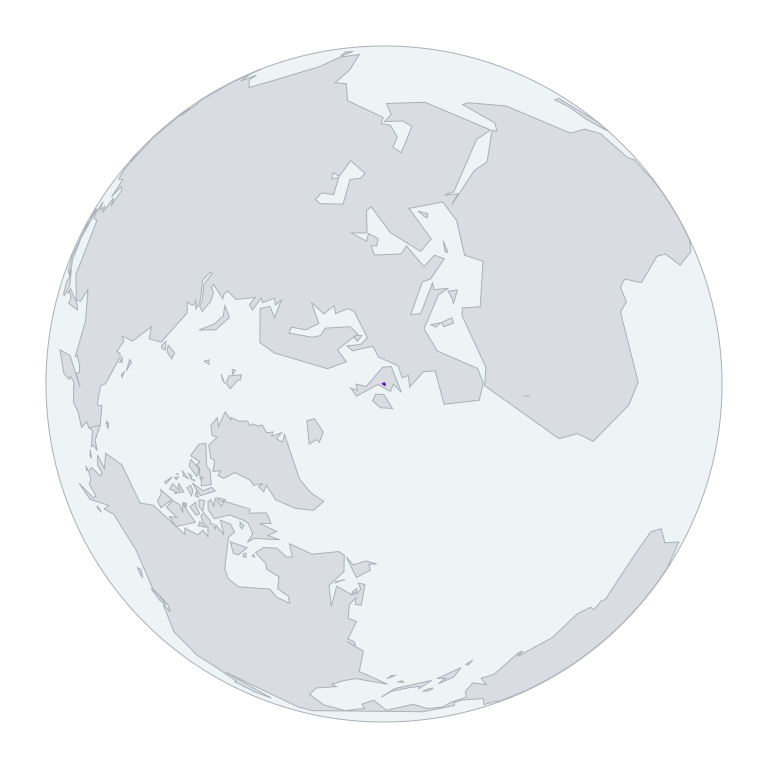 Wrexham highlighted on a globe, orthographic projection, rotated 263°
{"feature_id": "GBR-2127", "entity_name": "Wrexham", "entity_type": "Unitary Authority (wales)", "adm_level": 1, "iso_a3": "GBR", "parent_name": "United Kingdom", "parent_adm1": "", "projection": "orthographic", "projection_center": [-3.021, 52.962], "detail": "fine", "context": "on_globe", "style": "filled", "palette": "violet", "viewbox_px": 768, "rotation_deg": 263, "n_neighbors": 0, "source": "natural_earth", "source_scale": "10m", "svg_char_len": 10879}
<svg xmlns="http://www.w3.org/2000/svg" viewBox="0 0 768 768"><g transform="rotate(263 384 384)"><circle cx="384" cy="384" r="338" fill="#eef3f6" stroke="#a8b0b8"/><path d="M62.7,488.6L55.1,460.5L55.4,455.2L53.6,444.2L59.7,444.0L60.8,422.9L59.4,414.4L56.3,414.7L53.9,382.9L56.7,362.5L68.5,273.5L73.8,259.8L80.4,249.2L117.3,191.8L86.0,233.8L94.1,218.4L106.7,199.7L107.2,201.2L125.8,180.0L137.5,165.5L164.0,145.2L192.2,137.9L183.9,144.3L191.7,142.4L202.6,134.5L207.9,129.9L249.4,117.6L287.6,99.9L294.0,91.1L297.0,96.1L305.4,78.1L322.5,69.4L306.6,81.4L307.6,84.5L320.9,79.2L324.8,81.4L333.5,80.3L337.0,83.5L327.4,91.1L329.5,93.5L338.8,89.7L348.2,91.1L334.2,96.2L349.1,99.3L335.9,113.9L295.7,127.3L291.7,140.3L259.0,167.8L265.3,168.8L256.9,180.7L261.0,186.5L253.8,190.6L263.3,191.8L269.1,187.1L275.3,186.2L278.2,189.4L269.5,194.9L266.8,194.1L265.8,197.4L260.1,198.9L264.6,200.0L253.7,206.7L268.8,205.0L263.7,214.5L255.3,217.6L250.6,210.8L219.7,203.4L209.8,205.6L200.4,215.0L194.3,245.7L185.6,251.3L177.8,263.7L185.0,263.2L193.7,253.5L205.3,256.4L214.5,244.9L220.6,244.6L232.3,236.0L236.4,244.5L234.0,257.8L224.5,265.6L223.2,271.9L236.9,270.7L223.8,292.1L223.2,318.5L219.1,323.7L202.7,321.4L190.7,304.9L169.5,304.5L189.1,312.4L178.7,326.2L179.4,331.9L183.4,336.0L189.7,334.0L187.3,340.6L167.1,334.5L168.9,328.4L175.3,330.2L169.5,322.8L155.8,319.9L151.6,327.7L135.3,317.1L132.1,322.8L126.8,324.0L133.0,315.5L121.5,330.9L101.7,324.4L85.7,350.7L95.0,320.2L94.5,307.8L92.3,295.7L89.5,299.7L90.5,279.7L84.8,272.2L72.8,285.2L64.6,305.5L64.4,325.3L68.9,323.1L71.4,335.3L59.8,346.8L62.6,373.8L56.7,387.2L56.2,402.2L60.0,411.9L63.2,427.8L68.8,427.2L76.5,435.7L73.2,448.8L80.1,444.5L82.5,458.1L99.8,483.2L97.6,484.2L111.7,520.0L132.4,548.0L137.2,561.9L134.2,564.8L142.6,573.6L142.8,577.2L181.1,609.5L204.7,630.6L206.6,641.5L192.1,643.5L191.3,657.4L168.7,643.8L170.6,646.0L152.4,630.0L135.4,612.9L119.7,594.5L105.3,575.1L92.3,554.6L80.9,533.4L71.0,511.3L62.7,488.6ZM80.4,357.4L84.0,395.2L77.4,381.7L79.5,382.4L79.5,371.0L78.1,354.1L73.5,343.1L80.4,357.4ZM92.4,356.2L91.4,350.7L93.0,355.1L92.4,356.2ZM209.7,127.7L202.4,134.2L191.1,140.9L196.6,135.0L209.7,127.7ZM231.8,116.9L229.5,120.2L221.1,121.0L225.0,118.9L231.8,116.9ZM297.7,84.7L291.0,88.1L296.2,84.2L297.7,84.7ZM334.1,79.6L334.7,78.1L339.0,78.3L334.1,79.6ZM229.3,232.0L230.7,234.0L227.8,234.5L229.3,232.0ZM233.0,226.5L228.6,225.8L229.7,223.1L232.4,223.6L233.0,226.5ZM348.2,83.5L354.8,84.5L346.4,84.7L348.2,83.5ZM238.2,228.2L232.2,218.5L234.2,213.9L246.2,212.2L238.2,228.2ZM357.5,86.0L373.7,89.0L376.5,85.6L377.6,97.3L363.5,90.5L352.8,91.1L358.4,88.6L357.5,86.0ZM269.7,184.3L263.6,189.4L265.9,182.3L269.7,184.3ZM269.7,179.9L268.0,160.3L278.5,154.7L276.9,162.2L288.2,153.0L294.1,159.8L289.3,166.4L281.3,168.6L289.6,169.6L269.7,179.9ZM375.7,103.6L378.1,105.7L373.7,105.0L375.7,103.6ZM277.9,185.3L276.6,181.7L285.6,176.4L289.8,182.8L285.5,182.4L277.9,185.3ZM288.3,147.4L295.7,145.0L302.5,149.7L306.3,149.5L295.2,159.5L288.3,147.4ZM285.0,185.3L291.7,186.3L290.1,191.8L279.7,188.6L285.0,185.3ZM286.2,172.5L290.6,170.4L289.5,173.6L286.2,172.5ZM288.5,212.5L286.7,207.8L291.3,204.6L288.5,212.5ZM294.2,186.3L294.7,184.5L296.3,182.8L300.3,184.7L294.2,186.3ZM300.8,162.3L302.1,165.0L305.7,158.4L310.9,162.1L302.5,168.3L308.4,167.1L310.0,168.3L301.3,172.1L300.8,162.3ZM309.1,181.7L300.2,191.3L302.4,200.5L298.4,203.5L295.6,188.3L309.1,181.7ZM305.3,175.7L306.7,180.0L301.1,181.3L296.6,179.2L305.3,175.7ZM317.5,162.5L311.6,155.3L313.7,154.2L317.5,162.5ZM310.8,184.0L312.9,181.6L311.6,184.5L310.8,184.0ZM316.7,168.7L314.4,166.2L316.8,165.0L316.7,168.7ZM319.1,179.2L316.2,182.2L313.1,180.8L319.1,179.2ZM318.9,174.1L322.7,173.2L313.7,178.4L317.5,173.2L318.9,174.1ZM319.4,168.0L320.0,166.5L320.0,169.2L319.4,168.0ZM332.6,183.3L322.0,190.2L315.0,186.9L326.4,180.5L332.6,183.3ZM702.6,271.4L704.1,277.3L709.9,294.9L709.9,294.7L711.6,300.9L708.2,289.6L702.2,279.1L706.2,295.2L702.4,287.6L694.7,286.0L698.4,309.4L706.8,358.3L713.8,380.3L714.1,399.6L699.9,388.2L688.9,372.1L686.7,383.1L669.7,382.4L648.7,415.6L643.1,412.9L639.8,422.1L627.3,427.2L617.8,421.7L611.5,429.4L636.3,443.1L642.7,434.8L644.5,416.6L650.5,423.9L662.1,420.7L658.6,459.1L623.2,520.6L615.4,505.7L566.2,476.7L565.2,469.5L564.8,468.9L564.0,467.9L563.9,480.5L554.0,473.3L584.9,499.7L592.0,513.4L622.8,522.2L620.9,526.9L629.5,525.9L651.8,496.2L652.9,502.0L645.0,539.2L610.3,599.7L612.5,614.2L605.9,629.6L578.9,653.4L575.9,659.9L561.2,670.0L556.7,673.9L541.8,682.7L525.8,690.7L508.5,698.2L486.0,706.1L488.2,704.8L478.1,704.8L465.9,692.4L478.7,679.2L477.5,670.4L453.2,651.9L458.9,635.7L451.3,630.5L436.2,634.6L427.0,627.7L417.4,628.6L354.9,636.5L333.3,624.4L301.6,584.7L311.1,570.4L308.4,551.0L370.1,483.7L388.1,487.2L442.3,469.8L449.9,471.0L448.9,488.9L493.8,497.3L502.0,479.7L537.4,476.0L557.5,464.5L555.3,430.2L522.2,448.6L511.2,436.4L533.5,408.8L561.5,392.9L558.1,387.7L536.0,385.6L537.9,370.2L527.8,383.9L535.2,387.0L529.1,395.9L521.9,393.7L522.8,388.1L513.1,390.3L511.0,417.1L518.4,423.1L495.6,438.0L505.7,449.8L501.1,459.1L482.4,442.8L480.8,434.5L449.7,419.1L449.3,429.0L478.6,444.5L471.5,445.0L471.2,459.6L465.8,448.9L433.9,430.4L410.3,440.9L388.1,478.7L372.8,482.7L356.3,476.5L356.6,441.1L390.9,436.4L391.5,424.8L377.9,409.1L389.5,409.4L388.1,402.7L400.5,400.2L411.3,381.8L422.8,377.6L420.8,356.6L426.4,351.9L426.0,365.5L431.9,373.1L459.8,363.2L463.3,357.2L459.8,344.6L467.9,343.9L460.9,333.0L473.8,321.8L452.1,326.7L447.3,313.0L451.7,299.2L446.2,295.8L439.1,318.5L439.8,326.8L446.6,332.5L445.0,357.4L436.8,363.9L423.7,342.0L410.6,349.3L406.1,329.8L428.1,279.1L440.4,265.8L474.1,270.3L474.9,280.3L463.2,283.5L479.8,292.3L475.7,285.9L482.4,285.6L479.6,273.3L484.2,272.6L473.5,262.4L478.9,260.2L485.6,266.7L485.9,247.5L495.4,240.3L493.2,236.4L488.2,234.3L503.6,227.0L501.3,224.5L495.4,225.9L487.0,221.9L478.2,212.4L484.0,210.4L488.0,213.5L505.0,217.6L514.7,226.9L516.1,225.2L509.1,216.7L488.4,211.6L481.4,206.5L491.3,207.4L487.2,206.7L485.5,203.5L489.3,198.8L478.5,197.2L452.7,168.0L457.5,156.5L469.2,160.1L457.2,139.7L463.6,129.8L458.1,130.9L448.7,122.7L446.6,125.6L443.3,125.6L418.2,107.6L416.8,102.4L399.8,97.2L397.0,97.9L397.1,101.4L377.6,97.3L376.5,85.6L382.9,84.5L377.8,78.5L393.2,77.0L403.6,73.5L423.4,76.3L429.9,73.8L427.1,71.8L433.9,67.5L457.4,66.5L450.6,75.8L417.7,82.0L432.2,79.8L432.5,83.1L439.9,84.2L449.8,82.9L448.7,80.9L483.2,95.5L514.2,101.8L503.2,93.0L504.5,88.8L530.1,91.5L581.4,119.0L583.6,116.2L589.1,119.0L599.2,127.4L591.4,123.5L594.3,128.5L588.4,125.4L601.8,138.6L593.9,134.7L608.3,147.5L611.7,147.0L602.7,136.2L618.6,149.7L619.7,145.7L628.8,152.4L656.7,184.9L671.9,208.4L674.6,212.5L676.0,216.7L684.9,233.0L687.5,235.5L702.6,271.4ZM354.8,520.9L354.6,527.2L354.6,527.3L354.8,520.9ZM595.7,390.8L609.6,378.1L595.7,365.0L599.9,359.3L593.6,357.2L594.6,364.2L578.1,357.1L581.3,345.4L575.7,338.5L570.8,342.5L567.5,365.3L591.1,375.2L591.1,386.2L595.7,390.8ZM100.5,483.8L102.1,489.3L99.0,485.4L100.5,483.8ZM74.1,384.9L76.0,390.8L76.2,395.8L74.3,392.1L74.1,384.9ZM95.8,431.1L99.1,438.4L94.7,433.1L95.8,431.1ZM85.1,400.7L93.1,425.9L84.6,417.2L79.9,401.5L84.5,409.1L85.1,400.7ZM86.6,361.2L87.3,365.7L85.5,367.1L86.6,361.2ZM93.6,359.5L92.9,358.3L93.6,354.6L93.6,359.5ZM179.9,326.5L181.4,327.2L184.4,332.2L180.9,331.8L179.9,326.5ZM210.6,344.5L206.2,354.9L206.9,346.9L201.1,348.0L195.3,333.1L216.8,325.5L208.1,331.4L210.6,344.5ZM193.6,311.9L194.8,321.7L192.6,311.3L193.6,311.9ZM368.7,370.7L375.0,374.4L373.4,382.6L358.7,389.5L360.9,377.5L368.7,370.7ZM384.3,378.0L375.3,355.2L384.0,350.6L380.7,356.9L387.3,356.2L383.7,366.2L400.8,384.8L400.5,393.3L373.6,400.3L382.6,393.1L375.8,389.6L384.3,378.0ZM337.1,310.8L333.3,302.4L357.1,303.0L357.9,310.9L343.4,317.8L333.9,312.6L337.1,310.8ZM260.6,227.7L257.6,225.5L260.0,223.8L264.5,224.3L260.6,227.7ZM287.3,210.6L276.1,235.8L272.2,234.5L270.4,251.7L259.2,255.0L260.7,243.6L250.8,259.4L247.7,250.4L242.1,261.7L246.7,236.0L243.5,229.1L251.3,235.4L261.7,232.5L265.2,229.2L272.8,214.8L271.0,199.1L281.0,194.2L288.5,194.9L290.5,198.0L283.4,200.1L291.1,202.6L282.3,208.0L287.3,210.6ZM370.9,214.6L361.9,214.4L375.8,223.1L367.1,227.4L369.3,228.2L365.1,234.8L363.7,244.2L359.0,245.1L360.5,248.5L357.8,253.1L358.2,258.1L349.9,261.6L349.9,268.1L346.0,266.1L348.1,276.5L342.8,270.4L338.7,276.2L346.0,279.1L299.9,288.6L284.7,298.3L274.9,310.0L267.2,298.7L271.4,280.9L282.3,262.3L298.0,254.9L291.7,251.5L297.3,247.1L300.0,251.7L299.3,242.1L304.6,239.8L314.3,225.1L309.9,213.4L313.4,208.0L317.8,211.5L318.1,203.7L328.7,206.7L331.4,203.0L344.6,202.6L351.5,211.9L354.0,207.1L364.1,207.0L370.9,214.6ZM336.4,183.4L346.6,192.8L346.9,200.0L323.9,197.8L319.9,200.8L305.2,200.3L305.1,190.0L309.3,191.0L313.4,189.7L311.8,193.4L316.2,189.4L322.1,190.8L327.1,188.2L329.1,191.9L336.4,183.4ZM455.4,462.7L460.8,462.0L468.4,458.9L468.4,468.3L455.4,462.7ZM433.5,450.5L437.9,448.2L441.5,459.4L436.0,460.4L433.5,450.5ZM437.1,437.8L437.8,447.2L434.1,442.7L437.1,437.8ZM429.7,362.9L434.0,360.0L435.7,362.7L434.8,367.8L429.7,362.9ZM410.5,243.6L405.3,241.8L405.8,239.7L398.1,230.9L404.0,227.3L410.9,231.2L410.5,243.6ZM551.5,438.9L547.6,448.2L543.7,447.1L545.8,444.1L551.5,438.9ZM507.4,460.9L519.0,460.1L507.2,463.4L507.4,460.9ZM415.6,238.2L411.8,234.9L417.1,235.2L415.6,238.2ZM407.9,224.3L413.6,223.7L403.8,225.9L407.9,224.3ZM646.1,592.3L619.1,626.7L608.2,636.5L610.3,633.2L623.1,615.9L637.2,600.5L645.2,588.1L646.1,592.3ZM714.6,380.9L718.3,386.0L717.8,393.8L714.6,380.9ZM677.9,217.5L681.8,224.9L680.3,222.6L674.4,211.9L677.9,217.5ZM644.1,168.3L643.4,167.5L635.7,158.8L641.2,164.8L644.1,168.3ZM460.1,207.0L464.3,222.9L471.2,232.8L481.2,235.6L468.9,238.8L458.3,223.4L460.1,207.0ZM453.0,172.8L444.3,171.0L446.8,167.7L449.1,167.7L453.0,172.8ZM448.7,174.5L440.5,180.0L434.8,176.4L442.4,172.7L448.7,174.5ZM428.5,208.4L429.3,213.2L425.0,212.8L428.5,208.4ZM581.4,110.7L578.7,109.4L572.4,104.7L576.0,106.9L581.4,110.7ZM549.2,90.1L569.8,103.2L585.8,114.9L584.0,112.9L593.3,119.4L592.5,120.1L576.5,108.9L565.5,100.8L557.7,96.9L545.8,90.1L538.8,88.2L531.6,84.9L534.6,84.3L549.2,90.1ZM536.2,87.8L519.8,84.0L510.8,77.5L512.3,76.9L523.7,81.2L527.8,84.3L536.2,87.8ZM513.1,81.3L516.9,84.5L500.7,89.2L495.0,88.8L502.6,80.8L506.6,83.5L512.2,83.8L513.1,81.3ZM380.7,104.1L378.4,105.6L378.2,103.3L380.7,104.1ZM442.4,127.4L437.8,127.0L437.7,124.1L442.4,127.4ZM425.1,124.4L428.4,128.0L422.5,125.0L425.1,124.4ZM436.1,136.0L428.5,129.8L439.3,134.6L436.1,136.0Z" fill="#d9dde1" stroke="#a8b0b8" stroke-width="1"/><path d="M384.2,382.9L384.2,383.0L384.4,383.1L384.5,383.4L384.6,383.5L384.7,383.8L384.8,383.9L385.0,384.0L385.1,384.3L384.9,384.4L384.6,384.1L384.4,384.2L384.2,384.1L383.9,384.2L383.8,384.3L383.7,384.3L383.6,384.5L383.5,384.8L383.6,385.0L383.4,385.0L383.2,385.1L383.0,384.8L382.7,384.7L382.7,384.4L382.9,384.3L383.0,384.2L383.4,384.1L383.5,384.1L383.7,383.9L383.6,383.6L383.6,383.4L383.9,383.1L384.1,383.0L384.2,382.9L384.2,382.9Z" fill="#8b5cf6" stroke="#5b21b6" stroke-width="1.5"/></g></svg>